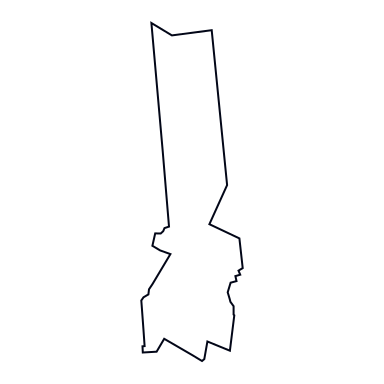 Herkimer, New York, United States of America
{"feature_id": "52423323B32160257293354", "entity_name": "Herkimer", "entity_type": "district", "adm_level": 2, "iso_a3": "USA", "parent_name": "United States of America", "parent_adm1": "New York", "projection": "albers", "projection_center": [-74.979, 43.461], "detail": "fine", "context": "isolated", "style": "outline", "palette": "ink", "viewbox_px": 384, "rotation_deg": 0, "n_neighbors": 0, "source": "geoboundaries", "source_scale": "gbopen_adm2", "svg_char_len": 664}
<svg xmlns="http://www.w3.org/2000/svg" viewBox="0 0 384 384"><path d="M162.7,151.0L169.0,226.6L164.5,228.1L163.2,231.2L160.7,233.5L155.2,233.4L152.4,245.8L160.1,250.4L170.4,254.1L152.6,283.9L149.0,289.3L148.4,294.4L143.5,297.3L141.3,300.5L141.9,308.4L143.5,330.2L144.6,346.1L142.5,346.3L142.8,352.5L156.6,351.7L164.2,338.8L192.6,355.3L202.0,361.0L204.3,359.1L207.4,341.5L229.9,350.7L234.3,315.3L233.6,314.6L233.6,306.2L230.4,301.8L229.7,299.0L227.7,292.3L230.6,282.7L236.5,281.1L235.4,276.1L240.2,274.7L238.5,270.6L242.7,268.1L239.4,238.4L209.4,224.2L227.1,185.1L211.7,30.2L171.9,35.4L151.4,23.0L162.7,151.0Z" fill="none" stroke="#020617" stroke-width="2"/></svg>